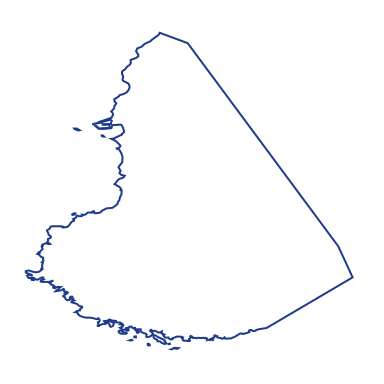 the district of Sandgerðisbær, Suðurnes, Iceland, rotated 2°
{"feature_id": "244011B94929237668673", "entity_name": "Sandgerðisbær", "entity_type": "district", "adm_level": 2, "iso_a3": "ISL", "parent_name": "Iceland", "parent_adm1": "Suðurnes", "projection": "equal_earth", "projection_center": [-22.71, 64.01], "detail": "fine", "context": "isolated", "style": "outline", "palette": "blue", "viewbox_px": 384, "rotation_deg": 2, "n_neighbors": 0, "source": "geoboundaries", "source_scale": "gbopen_adm2", "svg_char_len": 5966}
<svg xmlns="http://www.w3.org/2000/svg" viewBox="0 0 384 384"><g transform="rotate(2 192 192)"><path d="M340.1,241.2L182.5,43.4L154.2,34.0L153.4,35.7L152.1,37.1L147.2,40.7L145.1,42.8L139.4,45.7L136.7,48.5L132.2,50.5L131.2,53.3L133.6,56.8L133.6,58.3L131.2,60.1L126.0,62.2L126.4,65.3L126.0,66.0L125.1,67.3L122.7,69.1L120.4,72.1L118.0,73.8L117.9,76.4L118.9,78.1L119.2,79.9L118.6,81.6L119.0,83.1L124.6,85.8L125.7,87.7L126.0,89.9L124.6,93.0L123.0,94.9L120.3,96.4L116.4,97.7L115.2,99.3L111.2,101.9L111.0,102.6L111.9,104.8L113.2,105.9L113.1,106.5L111.4,108.9L111.3,111.2L108.5,114.3L109.7,115.5L110.5,117.4L108.8,120.7L96.3,125.4L95.4,126.3L89.8,127.8L98.8,125.8L98.5,125.5L108.0,122.6L109.3,123.5L108.5,126.8L100.3,127.4L100.5,127.9L103.7,127.9L106.9,127.3L107.7,130.7L97.0,131.7L93.7,129.2L93.0,129.4L96.6,132.1L101.2,132.1L109.2,131.0L110.0,128.0L117.9,127.2L119.3,127.6L120.5,129.6L122.0,133.6L122.0,134.4L120.1,136.3L120.1,137.0L111.8,141.3L109.5,141.7L114.3,143.8L118.9,148.2L118.5,149.3L116.7,150.8L114.4,151.1L117.5,151.9L118.1,152.6L120.3,156.3L121.4,159.8L121.2,164.8L118.2,168.8L117.7,170.0L119.9,173.3L118.8,175.4L119.1,176.0L121.0,177.5L124.2,178.1L122.8,180.1L119.0,181.4L117.6,182.6L114.4,186.9L118.6,189.0L120.4,190.5L121.2,192.0L120.5,192.6L121.7,193.4L121.5,197.1L120.2,199.6L119.8,202.4L118.4,204.4L118.1,206.3L116.6,207.9L113.0,210.6L107.0,211.4L103.0,213.7L101.3,215.5L99.7,216.1L96.0,216.7L94.5,215.3L94.7,214.7L94.0,214.6L93.2,215.2L93.5,216.0L88.5,216.2L86.6,218.0L85.1,218.6L83.1,218.5L83.7,219.2L82.7,219.9L80.0,220.2L78.3,219.6L77.7,219.9L76.9,221.7L74.2,223.2L75.1,224.1L75.2,224.8L72.7,226.0L69.7,230.4L68.5,231.4L64.3,232.0L63.9,231.8L64.3,231.2L62.6,230.8L53.9,231.1L51.8,231.6L51.1,233.7L48.7,235.1L48.4,235.8L49.7,237.8L50.1,239.6L52.6,241.5L52.2,242.8L49.8,243.9L49.6,244.4L49.9,245.7L48.9,247.4L49.0,247.8L51.3,248.3L52.0,248.9L50.9,249.1L47.7,248.4L44.3,249.8L43.9,250.4L44.7,251.2L43.7,252.0L44.7,254.1L42.3,256.9L41.1,257.5L41.6,258.2L40.4,258.4L39.6,259.3L41.1,259.7L43.3,262.0L45.5,262.8L45.5,264.8L46.0,265.8L44.3,267.6L45.4,268.2L44.6,270.9L45.1,272.5L44.4,273.6L45.1,273.6L45.4,274.2L42.3,276.8L39.4,277.7L35.7,277.3L31.9,276.1L28.9,276.7L28.5,277.6L29.1,278.5L34.7,280.4L34.8,280.8L31.7,280.7L30.2,281.4L31.1,283.2L32.0,283.7L34.5,283.2L36.9,283.4L39.2,284.9L40.8,285.0L45.0,282.6L46.3,282.6L46.3,283.6L47.1,284.4L44.3,285.4L43.8,286.5L44.4,287.1L51.9,286.9L56.6,285.3L53.7,287.1L53.0,288.3L54.2,288.9L54.4,289.5L55.9,289.7L58.1,291.2L56.5,291.8L56.7,292.6L58.4,292.9L61.0,291.5L64.0,291.6L62.0,293.1L62.0,294.5L60.0,295.0L59.2,295.9L64.4,294.9L67.1,293.3L67.5,293.9L67.2,294.8L67.7,295.8L70.3,296.1L71.1,296.7L69.0,297.7L70.1,298.1L66.9,300.4L67.1,301.0L68.5,301.4L69.4,303.3L71.0,304.5L73.0,304.3L73.8,303.7L73.3,302.5L74.2,300.9L76.0,300.8L76.3,301.1L75.6,302.7L77.0,303.1L76.5,304.0L77.9,304.5L75.7,305.4L75.4,306.4L80.9,307.8L83.0,309.6L86.2,310.5L86.3,311.3L84.2,312.8L84.3,314.1L81.0,315.1L79.5,316.2L81.3,316.4L82.4,317.5L82.4,318.2L84.4,319.7L87.5,320.8L91.3,321.3L95.3,321.1L101.4,322.4L102.5,322.2L102.6,321.5L103.0,321.5L104.0,322.6L104.2,324.0L103.8,324.9L102.5,325.5L103.3,328.4L102.4,328.8L102.5,329.2L103.7,329.1L103.7,328.2L105.8,327.9L107.4,326.9L110.4,326.8L110.7,326.4L108.7,324.1L112.7,323.3L114.0,322.2L116.3,323.2L120.2,323.5L119.7,324.5L120.4,324.9L124.9,325.0L126.0,325.7L124.9,326.7L127.6,326.8L128.0,327.5L127.1,328.2L127.4,328.9L124.8,330.2L126.5,330.9L126.5,331.7L127.1,332.2L128.8,332.2L130.0,331.4L131.4,332.9L132.8,332.8L133.4,332.3L131.5,330.2L134.1,329.8L134.1,328.8L136.2,328.6L137.4,329.9L139.7,329.8L139.4,331.2L141.2,332.6L141.9,334.6L142.8,334.7L143.7,334.2L143.8,333.6L142.1,331.1L145.5,331.0L145.8,333.1L146.7,333.9L151.3,335.5L151.7,336.1L151.2,337.8L152.2,338.8L155.7,337.6L157.9,335.1L157.2,333.7L155.1,332.6L155.1,331.8L155.9,331.1L157.5,332.3L159.9,332.0L163.3,333.6L164.9,333.5L166.8,332.4L166.6,334.4L169.5,335.5L168.4,336.5L169.4,337.8L171.2,338.5L173.4,338.2L174.0,339.2L175.6,340.1L177.3,340.0L177.7,339.6L177.3,339.1L177.7,338.8L182.2,337.0L186.3,337.0L188.0,337.6L187.2,338.7L188.0,339.2L187.9,340.2L188.4,340.7L194.6,341.1L195.1,340.6L194.0,339.8L194.1,339.1L196.2,337.4L195.2,336.3L195.5,335.9L197.3,336.6L198.1,337.9L199.6,337.6L201.7,338.0L202.9,337.5L207.1,337.7L208.2,337.2L209.8,337.7L210.4,337.3L212.0,337.8L212.0,339.5L213.0,339.0L215.1,339.4L215.7,339.1L215.6,338.3L216.1,338.3L217.4,339.3L218.1,339.3L218.3,339.1L217.1,337.6L217.5,337.1L219.3,336.7L219.4,334.6L220.5,334.5L221.0,335.2L222.3,335.2L222.3,336.3L223.0,336.6L226.2,337.0L227.0,337.6L228.3,337.3L229.6,336.1L230.3,337.4L235.8,337.0L239.8,335.2L244.7,332.0L246.6,331.5L247.2,332.1L248.0,332.1L252.9,330.6L254.4,329.8L253.8,328.6L254.5,328.0L256.3,327.8L257.6,328.8L259.2,328.8L262.7,327.0L271.3,325.3L355.5,271.7L340.1,241.2ZM169.7,342.1L170.0,341.4L169.6,340.8L162.4,337.9L160.5,336.5L159.1,336.6L158.6,337.2L158.6,338.7L159.8,339.9L162.4,341.0L162.7,342.4L165.3,342.5L166.9,343.8L170.0,344.9L171.2,344.4L171.3,343.4L169.7,342.1ZM115.6,329.6L117.4,328.8L118.1,327.7L118.5,325.8L115.8,324.4L114.4,324.2L112.3,324.6L112.0,325.2L114.2,327.3L114.6,329.0L115.6,329.6ZM131.3,335.9L131.7,335.5L131.0,335.0L128.1,334.5L126.0,332.9L125.1,332.8L123.6,333.7L123.6,334.4L124.4,335.4L126.1,336.1L131.3,335.9ZM77.6,134.2L74.6,132.6L72.1,132.7L72.6,133.3L76.5,134.5L77.6,134.2ZM73.3,219.1L76.2,218.4L76.2,217.4L74.6,217.5L73.0,218.6L73.3,219.1ZM183.1,349.1L183.9,348.5L179.8,348.3L178.5,349.0L183.1,349.1ZM155.1,346.8L154.9,345.8L153.9,345.1L153.1,345.3L153.1,346.5L153.5,346.8L155.1,346.8ZM37.1,285.5L37.2,284.9L36.5,284.6L34.6,284.9L35.0,285.5L37.1,285.5ZM141.1,339.2L140.9,338.2L139.4,338.5L139.4,339.2L141.1,339.2ZM102.2,139.7L101.2,138.7L99.8,138.6L99.8,139.1L101.1,139.7L102.2,139.7ZM137.4,342.2L136.9,341.7L134.9,342.4L136.0,342.6L137.4,342.2ZM175.2,344.7L175.1,344.3L173.7,344.7L174.3,345.0L175.2,344.7ZM177.2,350.0L178.0,349.5L176.8,349.9L177.2,350.0Z" fill="none" stroke="#1e3a8a" stroke-width="2"/></g></svg>